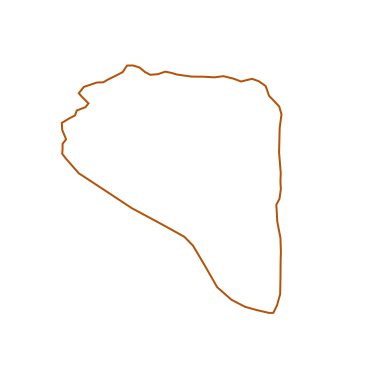 Ovanåker, Gävleborg, Sweden (orthographic projection), rotated 341°
{"feature_id": "70781695B81949975609357", "entity_name": "Ovanåker", "entity_type": "district", "adm_level": 2, "iso_a3": "SWE", "parent_name": "Sweden", "parent_adm1": "Gävleborg", "projection": "orthographic", "projection_center": [15.777, 61.335], "detail": "fine", "context": "isolated", "style": "outline", "palette": "amber", "viewbox_px": 384, "rotation_deg": 341, "n_neighbors": 0, "source": "geoboundaries", "source_scale": "gbopen_adm2", "svg_char_len": 979}
<svg xmlns="http://www.w3.org/2000/svg" viewBox="0 0 384 384"><g transform="rotate(341 192 192)"><path d="M229.6,332.7L235.6,326.7L242.1,317.3L247.3,303.1L253.2,286.5L256.7,277.1L260.7,264.1L263.0,247.7L267.6,231.5L272.5,226.9L276.9,218.3L279.1,210.7L282.1,202.9L287.2,183.0L295.7,160.1L301.9,147.7L302.3,139.5L296.2,126.1L296.1,115.7L291.2,109.0L285.6,104.5L274.4,103.5L268.1,98.3L259.5,92.8L259.4,92.7L250.6,90.9L239.8,86.5L229.3,82.8L216.3,76.2L211.5,72.8L205.9,69.5L198.1,69.5L190.7,67.6L186.6,63.2L182.9,57.2L177.3,53.1L171.7,51.3L165.4,56.1L155.8,57.5L149.1,58.3L143.9,59.4L137.6,57.5L123.9,57.4L117.1,61.8L119.0,66.3L123.0,74.5L118.9,77.1L109.6,77.4L106.3,81.5L99.6,82.5L91.4,84.3L89.5,91.0L90.1,101.1L85.3,104.4L83.3,110.0L81.7,113.5L83.6,119.2L91.0,137.4L105.5,156.1L129.9,187.8L154.4,214.3L170.2,231.9L175.5,243.1L180.1,265.4L184.8,290.2L194.2,306.7L200.2,313.0L204.9,317.9L214.3,324.4L225.6,331.5L229.6,332.7Z" fill="none" stroke="#b45309" stroke-width="2"/></g></svg>